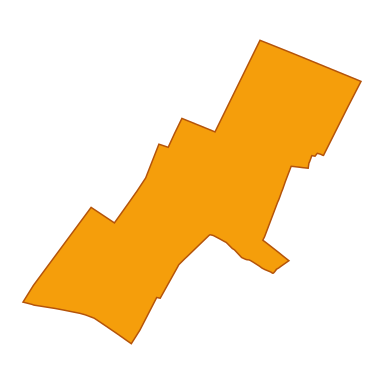 Fantanele, Teleorman, Romania
{"feature_id": "2599482B79674535262636", "entity_name": "Fantanele", "entity_type": "district", "adm_level": 2, "iso_a3": "ROU", "parent_name": "Romania", "parent_adm1": "Teleorman", "projection": "natural_earth1", "projection_center": [25.305, 43.725], "detail": "fine", "context": "isolated", "style": "filled", "palette": "amber", "viewbox_px": 384, "rotation_deg": 0, "n_neighbors": 0, "source": "geoboundaries", "source_scale": "gbopen_adm2", "svg_char_len": 1504}
<svg xmlns="http://www.w3.org/2000/svg" viewBox="0 0 384 384"><path d="M348.1,106.4L361.0,81.4L359.8,80.9L294.0,53.9L260.0,40.3L215.0,131.9L181.9,118.4L174.6,133.4L168.2,147.3L161.1,144.9L158.9,144.2L145.7,177.9L136.4,192.0L135.9,192.6L129.1,202.3L114.4,222.9L91.1,207.4L33.4,285.4L23.0,302.1L32.0,304.4L33.9,305.1L35.7,305.4L40.3,306.1L45.9,307.0L54.8,308.4L58.6,309.1L63.3,310.0L73.2,312.0L79.8,313.3L84.1,314.5L85.2,314.8L94.2,318.2L104.2,324.9L117.8,334.2L126.0,340.0L131.3,343.7L139.9,330.1L156.7,297.5L160.2,298.2L177.7,266.8L178.6,265.0L178.7,264.9L179.1,264.4L184.6,258.9L187.4,256.3L193.4,250.5L208.0,236.4L208.7,235.7L209.7,234.9L210.4,234.8L212.6,235.3L213.9,235.8L219.2,238.6L224.6,241.6L226.2,242.4L226.8,243.0L229.8,246.0L232.4,248.6L233.8,249.4L234.6,250.0L241.6,257.5L244.6,258.9L246.4,259.6L247.7,259.8L249.1,259.9L250.6,260.6L253.4,262.3L259.5,266.2L262.0,268.1L264.9,269.6L268.8,271.2L270.7,272.0L272.2,273.0L272.5,273.2L273.2,273.2L273.6,272.9L274.0,272.5L274.7,271.7L275.4,270.8L276.0,270.1L276.1,269.5L278.8,267.9L281.2,266.1L288.9,260.7L283.6,256.5L282.1,255.3L278.8,252.6L273.7,248.6L265.5,242.2L262.8,240.2L264.5,236.9L265.3,234.8L277.7,202.0L277.8,201.8L278.7,199.9L280.1,196.1L281.5,192.1L282.8,188.9L285.4,181.4L291.0,166.7L291.2,166.3L293.4,166.5L299.4,167.2L302.3,167.6L308.2,168.2L308.9,163.2L309.6,161.7L311.1,157.6L311.2,157.2L311.9,155.6L315.0,156.2L317.3,153.3L320.5,154.2L322.8,155.3L323.5,155.4L348.1,106.4Z" fill="#f59e0b" stroke="#b45309" stroke-width="1.5"/></svg>